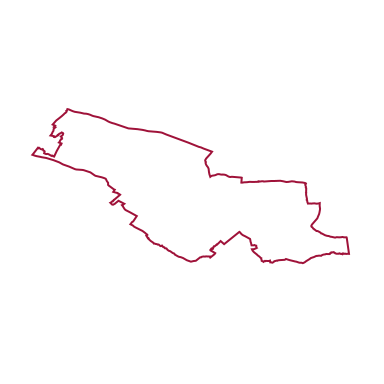 outline of Argetoaia, Dolj, Romania, rotated 186°
{"feature_id": "2599482B57573203776478", "entity_name": "Argetoaia", "entity_type": "district", "adm_level": 2, "iso_a3": "ROU", "parent_name": "Romania", "parent_adm1": "Dolj", "projection": "robinson", "projection_center": [23.353, 44.503], "detail": "fine", "context": "isolated", "style": "outline", "palette": "rose", "viewbox_px": 384, "rotation_deg": 186, "n_neighbors": 0, "source": "geoboundaries", "source_scale": "gbopen_adm2", "svg_char_len": 5991}
<svg xmlns="http://www.w3.org/2000/svg" viewBox="0 0 384 384"><g transform="rotate(186 192 192)"><path d="M323.3,261.3L323.9,261.3L324.6,261.4L325.1,259.1L325.3,259.1L325.2,258.9L325.2,258.6L325.5,258.2L325.7,257.9L326.2,257.3L326.8,257.0L327.5,256.0L329.4,253.9L331.7,251.6L334.5,248.9L337.6,244.5L335.1,243.7L336.1,242.3L334.7,242.0L336.1,240.4L336.2,240.0L336.2,238.4L337.1,236.6L337.2,235.9L337.5,235.1L338.6,233.4L335.2,233.1L335.1,232.3L334.1,232.2L331.0,234.5L331.3,234.9L330.7,235.3L330.0,236.1L328.8,236.7L327.8,237.6L326.5,237.1L326.2,236.7L326.4,235.5L326.5,235.2L327.8,233.8L328.2,233.5L326.9,232.1L327.3,231.6L327.0,231.2L328.0,230.3L328.5,229.5L328.8,228.3L329.5,227.3L326.8,226.6L327.2,225.3L327.9,225.4L330.9,218.4L332.8,212.8L333.7,213.0L334.2,213.5L334.8,213.6L334.9,213.3L335.5,213.2L338.4,214.5L339.5,214.8L340.9,214.5L341.6,214.6L343.1,215.1L343.0,215.5L342.8,217.0L343.1,217.3L344.1,217.7L344.6,218.9L345.0,219.1L345.4,218.6L347.0,218.9L348.8,220.0L349.4,219.4L349.9,219.8L353.6,213.8L354.6,212.3L352.1,211.7L350.2,211.4L346.5,211.1L345.3,210.9L340.5,210.6L333.1,209.2L327.1,207.6L323.4,206.0L322.3,205.7L316.8,204.4L310.8,202.5L309.4,202.3L303.1,202.5L302.0,202.4L295.1,200.9L290.6,198.4L289.7,198.0L283.4,197.2L281.0,196.7L279.3,196.2L279.0,195.9L277.8,193.9L276.4,192.4L276.2,190.3L275.5,189.8L275.4,189.6L274.6,189.2L269.9,186.4L269.1,186.2L270.3,183.9L268.2,183.5L266.5,183.3L265.9,182.9L265.7,183.1L265.1,182.7L263.5,182.0L263.2,181.8L268.1,176.6L268.9,176.0L268.9,175.6L269.3,175.1L269.6,175.0L269.7,174.5L270.3,174.4L270.6,173.9L271.1,173.6L271.6,172.9L272.0,172.7L270.2,171.2L269.2,171.1L267.5,172.2L267.2,172.6L264.2,175.6L258.1,173.2L259.2,172.2L260.3,171.6L260.0,171.3L259.7,171.4L258.8,169.9L257.1,167.8L256.1,167.1L251.7,165.4L244.4,162.3L247.4,156.6L248.4,155.9L249.9,153.5L247.3,152.5L246.0,151.5L244.6,150.9L237.2,148.1L234.3,146.4L233.0,145.4L232.0,144.9L231.9,144.7L232.9,143.8L231.9,142.6L231.6,142.1L231.1,142.0L230.7,141.8L230.6,141.7L230.9,141.5L230.9,141.2L227.8,138.9L225.5,137.7L224.5,136.7L224.0,136.9L222.7,136.5L221.5,136.5L220.6,136.1L220.0,136.3L219.5,136.2L218.2,135.2L217.7,134.9L217.1,135.0L216.3,135.6L216.1,135.6L215.8,135.0L214.7,134.3L214.7,134.2L214.3,134.1L213.7,134.1L213.4,133.6L213.0,133.2L211.5,133.2L210.4,132.0L209.1,131.2L207.4,130.8L204.8,129.3L203.2,128.9L203.0,128.7L202.6,128.0L199.2,126.5L198.3,126.2L196.3,126.0L194.0,125.4L190.0,123.6L185.8,122.6L183.2,123.5L181.0,124.0L177.3,127.6L177.0,127.9L176.1,128.0L175.6,128.5L174.8,128.8L173.6,129.1L172.2,129.1L171.6,129.4L167.3,129.7L167.3,129.1L167.0,128.7L163.6,132.0L162.9,132.8L162.5,133.6L163.5,134.1L167.6,135.9L167.7,136.3L166.9,137.6L166.4,137.1L166.2,137.1L166.0,137.4L165.2,137.7L165.1,138.0L165.4,138.6L165.0,139.1L164.9,139.7L164.5,140.3L163.9,140.2L161.9,142.4L161.7,142.2L159.9,144.3L158.4,146.2L154.6,143.5L140.7,157.3L140.3,157.1L138.4,155.3L136.9,154.4L134.4,153.5L129.4,151.4L129.0,150.4L128.6,148.8L127.9,147.3L127.7,146.6L127.2,145.2L125.2,145.4L124.2,145.8L123.3,145.3L122.5,145.3L122.1,143.5L121.8,143.2L122.2,143.0L122.5,142.6L123.4,142.2L124.1,141.7L126.4,141.3L125.6,140.0L124.2,138.7L120.6,136.4L120.3,136.0L118.2,134.8L116.9,133.7L116.2,133.4L116.3,133.1L116.1,132.6L115.7,131.7L115.5,130.8L114.9,130.6L113.9,130.5L113.8,130.1L113.6,130.0L113.3,130.5L112.1,130.8L112.1,131.1L108.4,131.4L107.3,131.9L107.1,130.9L106.8,130.2L105.9,130.4L105.1,130.1L104.6,130.1L103.4,131.0L102.9,131.8L101.8,132.1L100.8,132.6L99.8,132.6L99.6,132.9L99.0,133.1L97.7,133.4L93.0,134.2L92.6,134.3L91.6,135.2L88.1,134.5L82.2,133.7L80.9,133.6L78.3,133.0L77.3,132.9L75.6,133.1L74.4,132.8L73.6,133.2L72.3,134.1L71.3,135.1L67.8,137.8L67.1,138.6L65.0,139.6L64.2,139.9L61.7,141.4L60.9,141.5L59.0,142.0L56.8,142.1L56.1,142.8L55.8,143.0L54.7,143.5L52.7,144.0L52.1,144.4L49.9,144.5L48.5,144.7L48.4,145.4L48.2,145.6L47.6,145.8L47.2,146.5L46.7,146.3L45.9,146.7L45.0,147.0L44.3,146.8L44.1,146.4L43.4,146.3L43.2,146.0L41.8,145.7L39.9,145.9L39.4,146.0L39.1,146.4L38.4,146.3L37.9,146.0L36.7,146.0L35.8,145.8L35.7,146.0L35.7,146.6L34.7,146.7L34.3,146.4L32.9,146.7L32.4,146.5L30.9,146.8L29.4,146.9L33.3,162.6L33.6,163.1L36.3,162.8L37.3,163.0L37.7,163.0L39.3,162.5L39.8,162.5L40.7,162.3L43.4,162.2L44.2,161.9L44.6,161.7L44.9,161.6L48.5,162.0L49.6,162.0L51.4,162.5L53.0,162.5L55.1,162.9L58.5,164.3L59.2,164.3L59.7,164.8L60.7,165.4L62.7,166.2L63.3,166.3L64.1,166.2L66.0,167.4L66.4,167.5L66.7,167.9L67.5,168.2L68.6,169.5L69.2,169.7L69.6,170.1L69.8,170.6L69.8,170.8L69.5,171.7L69.0,172.6L64.6,178.9L64.1,180.8L63.3,183.3L63.1,184.9L62.9,187.6L62.9,188.7L63.6,191.6L63.8,194.3L64.7,193.9L66.7,193.4L69.1,193.5L70.5,193.3L71.7,193.0L74.2,192.8L75.5,192.6L75.9,193.6L76.2,194.0L76.6,195.6L77.1,196.1L76.9,196.4L76.9,197.0L78.1,200.7L78.3,201.7L78.4,202.7L78.3,203.1L78.6,203.5L78.5,203.8L78.8,207.7L79.3,208.2L79.2,209.0L80.1,210.9L80.2,211.6L80.2,211.9L79.6,212.0L79.5,212.3L79.7,212.5L80.6,212.8L83.2,213.0L87.9,212.8L89.6,212.8L91.1,213.1L92.6,213.1L93.8,213.1L97.4,212.1L99.3,211.8L102.4,212.2L105.4,212.4L111.6,211.5L114.4,211.2L121.7,209.9L122.3,210.1L123.6,210.0L125.1,209.6L126.9,209.6L126.9,209.1L132.1,208.4L135.9,208.1L138.3,207.5L141.0,207.1L143.3,206.5L143.9,206.5L144.0,211.4L144.6,211.5L153.9,211.3L155.6,210.9L156.6,211.0L157.6,211.3L159.8,212.3L161.2,212.6L163.4,212.6L163.8,212.4L165.1,212.4L167.1,212.6L168.7,212.3L170.2,211.4L171.1,211.0L173.7,210.3L174.6,209.8L175.4,209.0L176.5,211.4L177.2,213.6L177.9,216.8L178.6,218.1L180.1,219.7L180.7,220.5L181.2,221.4L181.6,222.5L181.3,223.2L182.1,224.3L182.2,225.0L181.4,226.8L177.6,232.0L176.3,234.2L185.0,236.4L187.8,237.3L189.9,237.6L200.8,240.7L223.6,246.5L227.8,247.8L229.2,248.0L233.3,248.1L241.8,247.9L243.7,248.1L244.8,248.3L247.6,248.6L252.8,248.8L261.9,248.6L276.4,251.9L278.4,252.2L281.3,252.9L282.7,253.4L286.0,254.9L289.0,255.8L292.7,256.6L298.1,257.2L299.3,257.5L301.5,258.2L303.4,258.6L305.3,258.8L307.6,258.7L311.4,259.2L317.1,259.5L319.3,260.0L323.3,261.3Z" fill="none" stroke="#9f1239" stroke-width="2"/></g></svg>